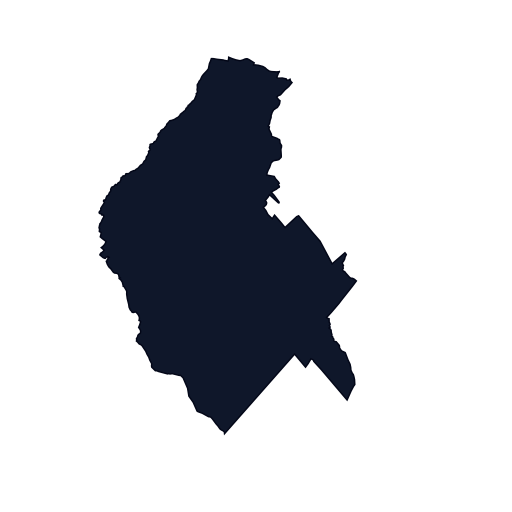 outline of Stefanesti, Vâlcea, Romania, rotated 41°
{"feature_id": "2599482B29956457014719", "entity_name": "Stefanesti", "entity_type": "district", "adm_level": 2, "iso_a3": "ROU", "parent_name": "Romania", "parent_adm1": "Vâlcea", "projection": "albers", "projection_center": [24.21, 44.611], "detail": "fine", "context": "isolated", "style": "filled", "palette": "ink", "viewbox_px": 512, "rotation_deg": 41, "n_neighbors": 0, "source": "geoboundaries", "source_scale": "gbopen_adm2", "svg_char_len": 6154}
<svg xmlns="http://www.w3.org/2000/svg" viewBox="0 0 512 512"><g transform="rotate(41 256 256)"><path d="M419.2,304.9L416.3,295.5L415.1,290.4L414.9,288.2L411.5,284.7L409.0,282.8L407.3,281.7L405.3,281.2L402.5,279.9L400.5,277.9L398.0,276.0L393.4,274.0L387.1,270.6L386.6,270.4L383.2,271.4L382.3,271.4L379.4,270.6L378.1,269.3L377.4,268.8L372.8,268.1L371.2,269.0L370.5,269.0L370.1,268.8L369.3,267.7L367.8,267.4L366.8,266.7L365.7,267.0L365.1,265.7L362.7,264.1L361.4,262.8L360.4,262.4L359.6,262.4L358.9,262.6L358.4,262.4L358.3,262.0L358.6,261.7L358.7,261.3L358.2,260.8L357.2,260.5L356.9,260.3L356.8,259.0L356.1,258.5L354.5,257.8L352.3,255.4L350.9,256.1L349.6,256.1L349.8,249.3L349.7,237.3L349.4,233.1L348.6,215.8L348.1,209.0L345.5,209.0L344.2,209.3L343.0,209.8L342.2,210.6L340.4,210.7L334.9,210.0L333.0,209.6L332.3,210.3L330.3,209.6L330.0,209.0L329.9,208.0L328.8,207.2L328.4,206.5L328.3,205.9L326.2,205.0L325.5,204.4L325.5,202.7L325.0,200.4L324.5,199.4L323.9,198.3L323.4,196.5L323.3,195.8L322.3,195.4L321.0,195.2L318.6,212.0L294.6,202.8L283.3,201.2L261.8,197.7L260.9,199.6L259.4,213.9L259.2,215.5L253.7,214.5L243.2,213.0L243.8,217.2L241.2,217.1L237.8,216.9L233.5,215.2L229.6,214.5L230.0,212.0L230.0,210.5L229.4,209.2L229.1,208.8L228.0,208.3L226.6,208.0L226.4,203.2L225.9,200.9L237.8,201.2L238.3,201.1L238.5,200.8L238.3,200.4L237.9,200.1L229.8,198.3L225.6,197.8L226.6,194.7L227.5,192.4L227.8,190.6L228.4,188.8L228.0,188.2L225.7,187.4L225.8,185.9L224.3,185.4L220.1,184.9L217.6,184.0L211.1,187.8L210.0,186.3L209.5,185.2L208.6,182.5L208.2,180.4L206.3,175.7L206.6,173.1L206.9,172.4L209.4,169.2L210.0,168.2L210.2,165.0L209.6,164.1L205.2,159.6L204.5,158.7L203.8,157.1L203.0,156.1L202.7,155.8L200.9,155.3L199.8,154.8L198.0,153.1L197.3,152.8L196.2,153.2L194.7,153.4L189.5,155.4L188.8,155.1L187.7,154.0L182.0,151.5L182.1,151.0L181.4,149.8L180.1,150.1L179.9,149.9L179.3,147.2L177.7,144.5L176.6,141.7L175.0,139.7L174.7,138.6L174.0,137.2L173.3,133.6L173.9,133.1L173.7,132.2L174.5,130.5L174.6,129.3L174.4,128.4L174.3,127.0L173.8,125.5L172.3,123.1L170.5,123.2L167.4,122.5L167.5,120.9L167.9,119.9L168.7,118.3L168.8,111.5L169.5,106.7L169.4,101.5L167.6,101.4L165.7,100.3L165.5,101.4L164.2,102.9L163.5,102.9L162.6,102.5L159.0,104.5L156.3,107.1L155.5,107.5L154.5,107.6L152.8,102.8L152.8,101.7L152.6,101.5L152.3,102.0L150.7,103.6L146.8,106.6L144.9,107.7L142.0,108.1L139.2,108.0L136.8,108.5L132.5,110.6L129.9,112.4L128.9,113.5L128.4,112.9L127.9,111.4L121.6,112.4L120.0,112.9L119.4,113.4L118.5,114.5L117.4,116.8L116.2,118.6L115.4,119.4L112.1,121.2L108.5,122.7L105.0,123.9L105.9,125.0L107.0,127.2L103.8,129.1L102.6,129.6L97.7,133.0L94.1,135.2L92.8,136.3L93.8,138.7L94.6,141.3L97.3,146.0L97.4,148.4L97.2,153.4L97.3,155.2L97.6,156.8L98.4,159.2L98.5,160.4L98.4,161.3L99.1,163.5L99.2,164.9L99.4,165.4L101.3,167.4L102.4,169.1L104.4,170.8L104.5,171.3L104.4,172.7L105.3,173.4L107.0,178.5L106.5,181.2L106.6,183.5L106.4,184.6L106.4,185.9L106.0,186.9L106.8,187.8L106.4,188.8L106.7,189.5L106.4,190.2L106.6,191.1L107.0,192.0L107.1,192.8L106.6,194.6L106.6,195.8L106.3,196.4L106.3,197.6L105.9,198.4L106.3,200.0L106.2,202.3L105.4,204.3L105.1,205.6L104.4,207.3L103.8,208.2L103.6,208.7L103.1,209.3L102.2,210.5L102.3,212.6L102.2,215.1L102.8,216.2L102.9,216.7L102.9,218.9L103.1,220.0L102.2,222.5L102.0,223.5L102.0,224.2L102.5,225.5L102.2,228.2L102.6,229.0L103.6,229.1L103.9,229.6L104.0,230.6L105.0,234.6L105.0,235.3L104.5,236.0L104.3,236.6L104.4,237.4L104.7,238.2L104.4,239.0L103.0,240.9L102.9,241.3L103.9,242.6L104.3,244.0L105.2,244.6L106.0,244.7L106.4,245.4L106.5,245.9L106.3,246.5L106.3,247.6L106.4,247.8L107.2,248.1L107.6,249.0L107.8,250.0L108.4,251.5L108.4,252.2L108.1,252.6L109.7,255.8L109.4,258.0L110.1,260.9L109.3,263.4L109.4,266.9L108.6,269.5L108.7,270.5L107.6,272.0L106.3,274.6L106.2,275.4L106.2,276.6L105.5,277.7L103.9,279.2L104.0,280.0L104.6,280.9L104.4,281.5L103.2,282.7L103.1,283.3L103.3,283.9L103.3,284.2L102.8,285.2L103.0,285.9L103.7,286.4L104.5,288.6L104.7,289.8L104.3,290.4L104.0,291.7L104.4,293.4L104.2,293.7L103.3,294.0L103.0,294.3L103.1,296.6L102.0,298.7L102.0,299.1L102.3,299.7L102.5,300.9L103.3,301.6L103.8,302.8L103.8,304.3L104.6,306.7L104.6,307.2L104.2,307.9L104.1,308.4L104.5,309.9L105.6,312.3L105.5,312.7L104.6,313.3L104.6,314.0L104.8,314.5L105.2,314.8L106.2,314.9L106.6,315.2L107.5,321.6L107.6,321.9L108.8,323.1L108.7,325.2L109.0,326.0L109.5,326.4L110.2,326.4L110.9,326.2L112.1,325.5L112.7,326.2L114.3,325.2L114.7,325.7L115.4,326.1L116.2,329.9L116.7,331.1L117.0,332.3L117.1,333.9L117.3,333.8L117.8,335.5L119.1,337.8L120.0,338.0L121.7,340.3L122.1,340.3L122.9,339.9L123.7,340.0L124.6,341.0L125.9,343.7L128.7,343.7L133.3,343.4L134.0,345.5L134.2,346.9L134.1,349.3L133.7,351.2L137.6,351.2L137.6,353.4L137.2,355.3L137.0,355.5L137.4,356.3L137.1,356.8L137.1,357.0L137.5,357.6L141.9,357.5L143.5,356.9L143.8,356.6L143.8,355.1L144.3,353.8L144.9,353.4L145.9,353.4L145.6,354.7L146.3,355.4L146.2,356.6L146.7,357.6L146.5,358.2L149.1,359.7L151.6,360.6L153.0,360.9L154.4,360.8L158.8,361.8L160.3,361.7L162.1,360.5L163.6,360.0L165.0,360.5L166.3,361.6L167.3,361.6L166.9,362.0L167.3,362.7L167.7,362.8L169.6,362.7L172.2,363.4L174.8,365.2L175.7,366.0L176.0,365.8L176.7,365.7L181.2,367.2L182.3,368.2L183.3,369.5L186.8,372.6L191.8,376.1L193.8,377.9L196.4,379.1L197.7,379.2L199.5,379.7L200.7,378.9L201.5,377.4L202.7,377.1L205.4,377.5L207.4,378.3L208.4,379.0L209.3,380.1L210.0,381.4L211.4,381.0L212.1,381.3L213.4,384.3L214.3,386.9L217.0,387.6L218.3,388.4L219.2,389.8L219.4,390.2L218.9,392.0L218.9,393.2L219.8,395.1L219.9,396.2L220.1,396.9L221.4,397.9L221.5,398.6L223.2,398.6L225.4,399.0L227.7,398.4L228.7,398.4L235.3,400.2L238.2,401.6L241.5,402.7L244.1,404.2L248.0,405.7L249.3,407.5L250.3,408.3L255.3,408.6L256.0,408.0L257.0,407.4L257.8,407.3L266.6,403.0L266.9,402.4L268.6,401.3L270.0,399.7L276.5,396.4L277.1,395.6L280.8,395.7L291.2,400.7L297.3,405.8L304.6,407.6L313.3,411.7L314.4,411.5L318.6,409.9L325.6,408.4L327.1,407.4L327.9,407.3L329.8,407.5L336.1,408.9L338.6,409.2L342.2,410.1L343.9,410.0L346.1,409.5L347.2,409.5L347.7,409.7L348.8,410.7L349.5,304.7L366.3,307.4L365.9,302.9L364.9,297.4L367.9,296.9L368.7,297.6L380.0,298.9L419.2,304.9Z" fill="#0f172a" stroke="#020617" stroke-width="1.5"/></g></svg>